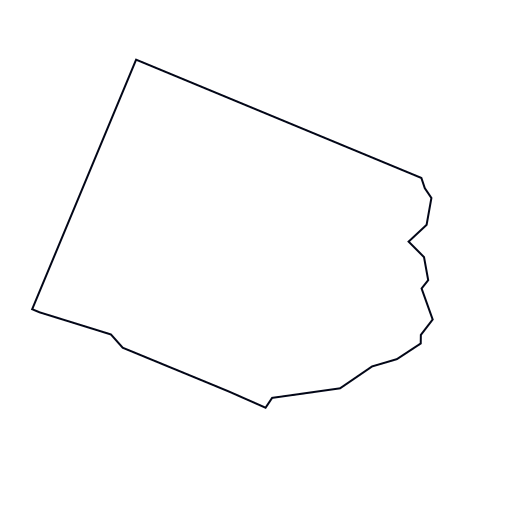 Dooly, Georgia, United States of America (Mercator projection), rotated 202°
{"feature_id": "52423323B79828539547884", "entity_name": "Dooly", "entity_type": "district", "adm_level": 2, "iso_a3": "USA", "parent_name": "United States of America", "parent_adm1": "Georgia", "projection": "mercator", "projection_center": [-83.877, 32.16], "detail": "fine", "context": "isolated", "style": "outline", "palette": "ink", "viewbox_px": 512, "rotation_deg": 202, "n_neighbors": 0, "source": "geoboundaries", "source_scale": "gbopen_adm2", "svg_char_len": 447}
<svg xmlns="http://www.w3.org/2000/svg" viewBox="0 0 512 512"><g transform="rotate(202 256 256)"><path d="M440.7,393.1L441.7,299.3L443.6,122.8L435.5,122.7L361.1,128.9L345.2,121.0L231.0,120.2L190.3,118.9L187.9,130.5L128.5,164.8L107.0,197.1L86.7,213.2L70.5,236.6L73.6,244.6L68.4,263.3L90.3,287.9L87.3,298.1L99.8,317.9L119.9,326.5L109.5,348.8L115.1,375.5L124.9,382.1L131.9,390.3L440.7,393.1Z" fill="none" stroke="#020617" stroke-width="2"/></g></svg>